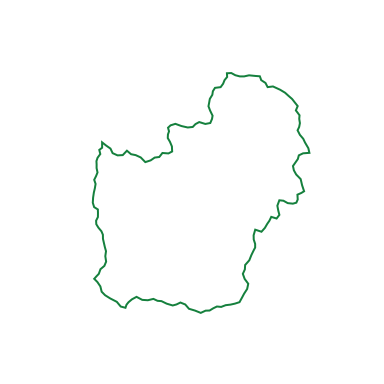 Presidente Bernardes, Minas Gerais, Brazil, rotated 125°
{"feature_id": "56859067B22989959001744", "entity_name": "Presidente Bernardes", "entity_type": "district", "adm_level": 2, "iso_a3": "BRA", "parent_name": "Brazil", "parent_adm1": "Minas Gerais", "projection": "equal_earth", "projection_center": [-43.159, -20.778], "detail": "fine", "context": "isolated", "style": "outline", "palette": "green", "viewbox_px": 384, "rotation_deg": 125, "n_neighbors": 0, "source": "geoboundaries", "source_scale": "gbopen_adm2", "svg_char_len": 2365}
<svg xmlns="http://www.w3.org/2000/svg" viewBox="0 0 384 384"><g transform="rotate(125 192 192)"><path d="M202.9,294.1L207.3,291.0L210.7,292.1L213.5,288.9L218.1,289.0L221.5,288.0L224.2,285.9L227.1,283.9L230.2,280.6L234.1,279.7L238.1,279.1L240.7,275.6L244.7,273.7L248.7,272.1L253.3,269.8L257.7,267.1L260.5,263.5L260.3,259.1L263.1,257.0L266.5,254.7L270.5,254.1L273.3,251.9L274.9,248.2L276.1,243.7L278.1,240.5L281.4,238.1L284.3,234.9L287.1,231.8L289.8,228.5L294.3,226.2L298.3,222.4L302.8,221.4L307.7,222.7L312.5,221.4L315.8,221.9L319.2,222.3L320.0,217.9L321.9,212.9L325.5,208.8L326.4,204.0L326.1,198.0L325.1,190.6L326.7,184.7L325.0,180.1L321.9,181.0L318.7,180.8L314.3,179.6L309.7,177.3L308.9,170.9L306.0,166.1L301.7,162.3L300.9,157.8L298.9,154.4L298.0,148.7L296.0,142.7L293.0,140.2L289.2,138.1L288.0,133.0L289.4,127.5L287.4,121.5L286.0,115.5L281.4,112.8L279.0,109.6L275.1,107.9L271.5,105.9L269.4,102.2L265.4,99.5L262.2,95.9L258.8,92.8L255.0,89.9L249.4,90.5L245.4,91.0L239.8,91.2L234.9,93.3L233.0,99.0L229.9,103.4L225.1,104.3L221.3,106.6L215.1,105.9L209.5,107.2L204.5,108.0L201.3,108.4L198.3,110.5L195.5,114.2L192.1,116.7L186.6,118.6L184.7,112.3L179.6,111.7L174.8,112.1L171.2,112.1L166.9,112.8L165.2,107.5L160.6,107.3L157.9,110.5L154.3,114.2L148.7,115.7L146.7,112.1L146.2,107.2L143.7,102.7L140.9,100.4L137.5,101.1L133.7,104.1L130.1,101.9L127.1,100.6L123.3,105.7L119.1,110.4L117.9,116.7L115.8,121.0L112.8,124.2L108.5,124.2L104.3,124.2L100.7,125.5L96.6,123.2L92.6,118.3L89.4,121.8L86.6,127.9L84.6,131.4L83.3,136.4L80.9,140.9L77.3,141.5L73.7,143.1L70.6,146.1L67.5,147.9L65.6,153.7L61.0,154.7L59.6,159.4L58.4,163.3L57.9,167.9L57.3,172.7L57.7,178.5L59.1,186.2L62.7,190.2L60.5,194.4L60.7,199.4L58.3,202.8L60.5,206.5L63.7,212.2L67.3,215.5L69.9,219.2L71.5,223.5L72.0,228.0L74.7,231.5L77.6,229.2L81.7,229.5L85.5,228.6L89.7,228.7L93.5,232.9L97.5,232.7L100.7,231.1L105.5,230.8L109.4,229.0L112.3,227.7L114.9,223.9L117.7,218.9L120.7,217.5L125.0,216.6L128.6,220.1L130.6,226.2L134.4,228.1L138.3,228.7L141.6,232.5L144.0,238.4L145.7,244.7L149.7,247.8L153.1,248.5L155.5,245.6L158.7,244.7L161.7,242.8L163.5,238.9L166.2,234.6L170.2,231.5L173.9,233.4L177.0,238.6L182.1,238.9L185.2,242.3L189.8,244.0L194.3,247.4L193.1,253.8L194.1,259.3L196.0,263.6L195.5,269.0L201.5,269.9L204.7,274.0L205.7,279.3L203.2,283.7L203.2,289.0L202.9,294.1Z" fill="none" stroke="#15803d" stroke-width="2"/></g></svg>